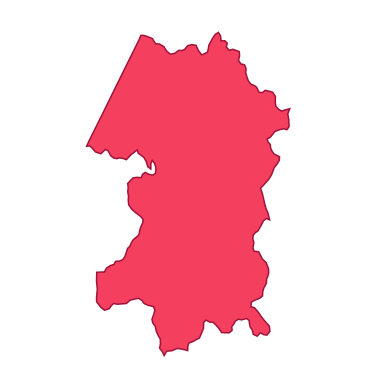 outline of São José do Povo, Mato Grosso, Brazil, rotated 175°
{"feature_id": "56859067B50563436026084", "entity_name": "São José do Povo", "entity_type": "district", "adm_level": 2, "iso_a3": "BRA", "parent_name": "Brazil", "parent_adm1": "Mato Grosso", "projection": "natural_earth1", "projection_center": [-54.277, -16.458], "detail": "fine", "context": "isolated", "style": "filled", "palette": "rose", "viewbox_px": 384, "rotation_deg": 175, "n_neighbors": 0, "source": "geoboundaries", "source_scale": "gbopen_adm2", "svg_char_len": 3139}
<svg xmlns="http://www.w3.org/2000/svg" viewBox="0 0 384 384"><g transform="rotate(175 192 192)"><path d="M237.9,39.2L235.6,35.8L234.0,31.5L231.0,35.7L226.0,35.6L220.6,37.4L216.7,36.6L213.1,35.5L210.1,34.4L209.6,38.8L208.2,41.8L204.5,42.8L201.3,44.3L197.4,45.8L195.3,49.6L192.4,55.2L191.8,61.0L189.2,63.2L185.8,60.9L182.5,60.5L180.0,57.7L177.6,54.5L174.6,49.3L167.2,48.5L164.1,50.7L164.2,54.4L162.0,56.6L160.0,59.7L156.8,61.2L153.7,60.3L148.7,61.2L146.3,59.1L146.2,55.7L145.7,52.2L144.1,49.6L143.4,44.9L139.7,42.7L136.2,45.8L132.9,43.6L129.8,42.9L126.5,46.4L126.7,51.8L130.8,57.2L133.8,61.7L136.1,66.0L139.9,71.3L143.3,72.5L142.6,77.1L138.1,79.0L133.7,80.3L130.8,82.3L130.1,87.0L128.6,90.5L125.9,94.4L125.2,99.0L123.7,101.7L122.6,104.8L122.5,109.0L124.2,115.0L127.7,119.1L129.5,123.5L130.8,126.7L135.4,127.6L136.1,131.1L134.8,136.2L135.5,140.4L134.8,143.8L132.5,145.9L129.4,147.7L126.3,152.4L123.3,157.1L120.2,159.1L117.1,157.5L118.3,164.9L119.5,168.3L120.5,173.2L121.4,179.8L122.1,184.4L123.4,189.7L118.8,193.9L114.5,197.9L112.7,200.2L110.9,202.9L108.2,208.7L104.9,212.4L102.3,215.9L101.7,219.5L107.0,222.8L108.7,225.7L109.8,229.0L109.9,232.4L111.9,235.3L112.6,238.5L109.6,239.4L106.6,242.5L104.0,245.1L99.5,246.4L95.2,247.0L92.0,245.8L89.6,248.6L89.3,255.8L89.8,261.4L87.4,266.4L91.4,265.8L95.7,264.8L98.6,266.9L101.0,270.2L101.2,274.5L100.6,280.0L103.0,284.4L105.8,285.5L110.2,286.9L113.5,284.7L116.7,285.8L118.5,290.7L120.8,292.8L123.8,294.1L126.2,297.7L127.4,302.5L128.1,306.3L127.4,310.0L128.5,314.0L132.3,315.5L134.2,319.2L132.7,323.5L132.7,327.8L138.8,330.6L142.7,330.0L145.1,333.3L144.0,337.3L146.1,339.8L149.9,340.0L149.9,344.9L151.8,348.7L155.2,346.9L158.3,343.0L162.4,336.8L163.3,333.3L164.2,330.2L167.5,328.7L170.4,327.8L173.3,332.4L175.2,337.8L179.3,338.8L183.5,338.2L187.0,334.6L189.9,333.8L192.8,334.3L197.0,331.7L201.4,331.1L205.0,334.6L207.4,339.3L211.6,342.3L215.3,342.8L218.1,348.3L221.8,350.2L226.3,352.2L229.3,352.5L231.1,348.9L262.0,298.1L273.9,278.4L290.4,251.4L293.0,246.7L289.9,246.9L287.7,244.5L284.6,240.3L279.4,238.0L274.6,241.9L272.1,240.5L269.8,235.2L267.1,232.7L264.2,231.8L261.1,232.4L257.5,231.3L254.6,229.9L249.3,234.6L242.9,238.7L242.2,235.3L236.9,230.6L235.0,226.5L233.8,220.9L231.0,218.5L230.5,223.9L228.9,226.9L227.0,224.2L226.0,220.3L226.0,217.0L226.9,213.7L229.6,212.2L233.4,213.4L236.9,215.6L239.8,213.9L241.1,210.8L246.0,211.4L249.4,211.2L253.0,208.2L255.3,206.1L255.2,202.0L256.0,197.6L255.6,193.3L256.2,189.9L256.2,184.7L253.4,179.9L249.9,176.3L245.7,172.5L243.0,169.0L244.0,165.1L246.3,161.2L247.5,157.9L248.6,154.0L251.7,151.7L254.7,149.6L257.0,146.4L258.7,143.3L261.0,141.5L263.1,136.7L264.4,133.5L267.2,130.5L270.3,129.5L274.2,129.6L275.9,126.7L279.9,125.8L283.9,123.5L286.3,119.9L289.8,120.2L293.9,120.3L294.9,111.7L294.8,103.4L296.3,95.5L296.6,91.0L292.8,85.0L289.4,81.8L284.6,83.0L282.5,85.6L279.8,87.8L276.2,86.7L271.4,86.7L267.2,86.6L263.1,89.6L257.6,90.5L254.2,90.7L251.4,88.3L249.2,84.9L245.4,82.9L240.4,81.2L239.2,77.5L240.9,73.2L243.0,68.6L242.5,65.0L240.3,61.2L239.6,55.9L238.0,51.5L236.5,48.5L236.6,43.8L237.9,39.2Z" fill="#f43f5e" stroke="#9f1239" stroke-width="1.5"/></g></svg>